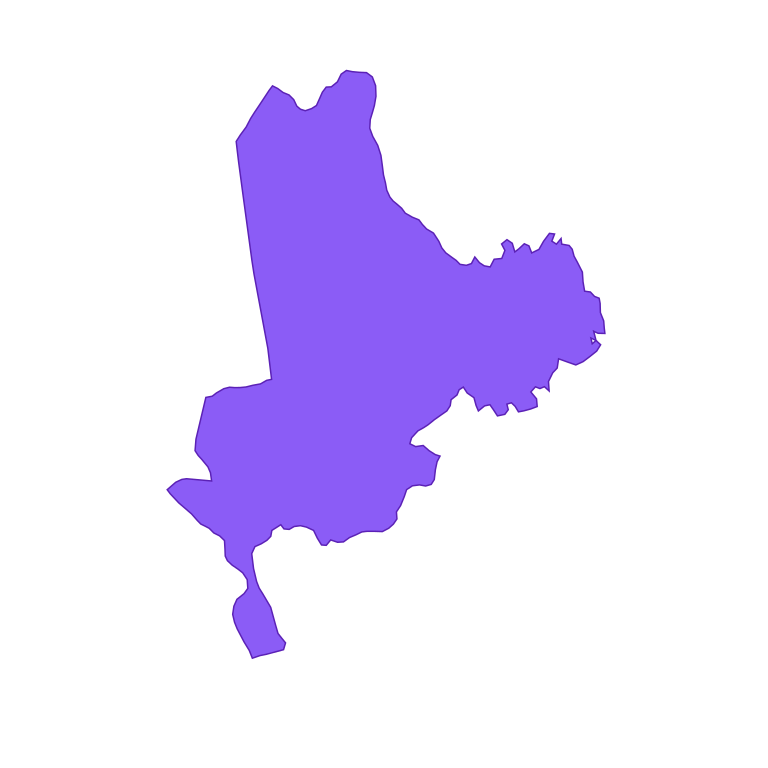 Araquari, Santa Catarina, Brazil (Natural Earth projection), rotated 194°
{"feature_id": "56859067B70811367539242", "entity_name": "Araquari", "entity_type": "district", "adm_level": 2, "iso_a3": "BRA", "parent_name": "Brazil", "parent_adm1": "Santa Catarina", "projection": "natural_earth1", "projection_center": [-48.775, -26.443], "detail": "fine", "context": "isolated", "style": "filled", "palette": "violet", "viewbox_px": 768, "rotation_deg": 194, "n_neighbors": 0, "source": "geoboundaries", "source_scale": "gbopen_adm2", "svg_char_len": 3347}
<svg xmlns="http://www.w3.org/2000/svg" viewBox="0 0 768 768"><g transform="rotate(194 384 384)"><path d="M568.8,229.0L564.9,225.8L554.4,219.0L539.3,211.4L532.1,206.4L527.9,203.8L523.2,202.8L518.7,201.7L513.1,198.3L506.8,196.9L500.9,193.5L498.4,185.5L496.4,178.6L493.2,174.7L487.5,171.5L481.0,169.1L475.4,166.6L469.4,161.1L466.7,152.7L469.1,146.7L474.6,139.5L475.9,132.1L475.1,123.9L471.4,116.7L467.2,110.9L457.4,99.9L450.3,92.9L445.4,86.1L438.6,90.5L432.9,93.2L417.2,101.9L416.9,109.0L422.1,112.9L426.5,116.3L430.8,123.7L439.9,139.9L450.6,150.8L455.7,155.7L459.8,161.5L465.9,173.3L471.3,187.4L469.9,195.0L464.5,199.2L459.8,204.0L457.0,208.8L457.4,214.8L453.5,218.9L450.1,222.5L446.0,219.2L440.8,220.0L436.7,224.0L430.8,226.3L424.6,226.4L416.9,224.9L411.4,218.3L405.7,212.7L401.0,213.5L398.0,219.8L390.8,219.2L385.1,221.0L380.3,226.7L374.7,230.9L369.7,235.1L365.3,236.8L357.8,238.7L349.9,240.4L344.5,245.2L341.0,250.3L338.8,256.2L341.0,262.9L338.5,270.0L337.1,279.6L336.5,287.0L331.8,292.1L325.1,294.7L318.9,295.1L313.9,298.0L312.1,303.4L313.4,313.3L313.7,321.4L312.2,327.6L317.2,327.9L324.1,330.2L331.1,333.8L338.2,330.9L344.5,332.3L344.2,338.6L339.7,346.8L335.0,351.2L331.4,355.1L326.4,361.7L321.3,367.6L316.5,373.1L314.5,379.0L315.1,385.0L310.5,391.0L309.7,396.6L306.3,400.2L301.1,395.4L293.4,392.5L289.5,385.5L285.9,380.7L281.1,387.1L276.2,389.5L271.6,385.5L266.2,380.5L259.4,383.8L257.2,389.1L259.9,394.2L255.8,396.6L251.3,394.0L246.8,389.5L241.8,391.8L235.7,395.2L229.9,399.2L232.4,406.5L239.6,411.8L236.4,417.9L231.6,417.3L227.7,420.2L222.1,417.2L225.0,426.2L223.0,435.7L219.8,441.4L220.7,450.7L211.1,449.7L202.5,448.9L196.2,453.9L191.1,460.2L185.6,467.4L183.3,474.5L188.8,477.5L193.3,485.9L188.6,485.0L181.9,486.5L183.8,491.5L186.1,498.4L191.3,505.6L193.8,514.5L196.0,519.3L200.9,519.9L206.0,523.2L211.8,522.6L215.6,531.3L218.6,540.6L225.9,549.0L230.5,554.0L234.0,560.3L237.9,563.2L245.4,562.7L247.4,568.0L250.5,561.4L255.7,563.2L254.8,570.8L259.9,570.2L263.7,561.1L266.2,552.1L272.4,546.9L276.8,553.1L281.8,554.0L285.9,547.7L289.0,543.8L293.6,551.6L299.6,553.8L303.8,548.3L299.0,542.9L300.1,534.3L307.3,531.7L309.3,523.3L315.3,522.9L320.7,524.8L326.6,529.2L328.3,522.0L332.8,519.1L339.2,518.5L343.9,521.4L348.5,523.2L355.8,526.2L360.8,530.0L365.3,535.7L372.5,542.4L380.2,544.7L385.4,548.1L389.8,551.7L396.8,552.7L404.7,554.9L409.4,558.8L414.1,561.2L419.5,563.8L423.5,566.8L428.2,572.7L431.2,579.4L435.1,586.8L438.7,596.1L442.3,605.1L447.8,614.0L454.8,621.5L459.7,628.7L461.3,637.3L460.9,645.3L460.7,651.9L461.4,661.2L464.3,671.4L469.6,679.1L476.3,681.9L483.6,680.4L490.2,679.4L496.3,679.1L500.5,674.3L502.3,665.9L507.0,659.6L511.9,658.1L514.4,652.2L515.4,646.3L516.9,637.9L520.9,633.7L526.5,630.1L531.5,630.4L535.8,632.5L540.4,638.1L546.1,641.5L552.4,642.4L558.6,645.0L564.3,646.3L566.5,641.1L569.7,632.0L572.9,623.0L575.4,616.1L577.6,609.5L579.9,600.0L583.6,591.0L586.1,583.6L582.8,574.8L578.6,563.8L566.2,532.5L542.0,471.8L536.8,459.4L505.3,390.4L494.2,361.3L498.7,359.2L503.9,354.2L511.0,351.0L517.2,347.7L523.2,345.6L528.4,344.3L533.1,343.5L538.3,340.7L544.4,334.8L547.7,330.6L553.6,327.9L553.1,285.0L551.2,273.6L547.0,269.7L542.5,266.7L534.8,261.0L530.9,255.9L527.8,248.2L552.7,244.3L557.1,242.5L562.3,238.3L568.8,229.0ZM188.8,477.5L191.7,473.4L194.4,478.7L188.8,477.5Z" fill="#8b5cf6" stroke="#5b21b6" stroke-width="1.5"/></g></svg>